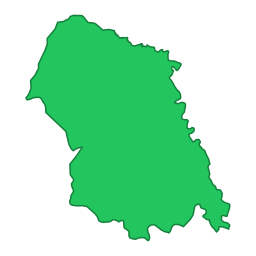 Centurión, Cerro Largo, Uruguay (orthographic projection)
{"feature_id": "84410073B80643779971885", "entity_name": "Centurión", "entity_type": "district", "adm_level": 2, "iso_a3": "URY", "parent_name": "Uruguay", "parent_adm1": "Cerro Largo", "projection": "orthographic", "projection_center": [-53.755, -32.187], "detail": "fine", "context": "isolated", "style": "filled", "palette": "green", "viewbox_px": 256, "rotation_deg": 0, "n_neighbors": 0, "source": "geoboundaries", "source_scale": "gbopen_adm2", "svg_char_len": 5854}
<svg xmlns="http://www.w3.org/2000/svg" viewBox="0 0 256 256"><path d="M228.7,229.0L228.9,227.5L229.0,227.0L229.6,226.0L229.7,225.6L229.6,225.1L229.3,224.6L227.8,223.2L225.8,222.5L224.1,222.2L222.4,221.1L221.7,220.2L221.4,219.2L221.4,218.5L221.6,216.3L221.7,216.0L222.4,215.6L223.1,215.5L223.7,215.6L226.2,216.3L226.7,216.3L227.1,216.0L227.4,214.4L229.4,208.5L229.6,207.4L229.6,206.6L229.9,205.6L229.9,205.3L229.8,205.1L229.6,204.6L229.1,204.0L228.4,203.7L226.3,203.1L223.9,202.0L222.3,200.8L221.3,199.5L221.2,198.9L221.7,197.5L221.9,196.6L222.1,194.2L222.2,193.6L222.1,193.2L221.3,191.6L220.9,190.9L220.4,190.2L219.6,189.9L218.7,189.7L217.1,189.8L216.7,189.6L216.0,188.4L215.7,187.1L215.3,186.3L214.8,185.8L214.0,185.4L213.3,184.9L212.8,184.1L212.2,183.1L211.6,181.7L210.8,180.3L210.5,179.3L209.7,178.6L209.1,178.2L208.8,177.5L209.2,175.6L209.7,174.3L209.6,173.4L209.2,172.3L208.8,169.7L208.3,168.7L208.1,167.4L208.0,166.4L208.4,165.5L209.2,164.8L209.9,163.9L209.7,163.2L209.2,162.0L209.0,160.7L208.9,159.8L207.8,157.5L206.3,154.6L204.7,150.7L204.1,150.1L203.4,149.6L202.8,149.3L202.0,148.8L201.6,147.9L200.8,146.9L200.0,146.3L199.4,145.2L199.2,144.3L199.3,143.6L200.3,142.5L200.3,142.3L200.2,141.7L199.6,140.5L199.1,139.8L198.7,139.6L198.3,139.4L196.6,139.6L195.5,140.1L195.0,140.6L194.2,141.8L193.8,141.9L193.5,141.9L193.0,141.6L192.4,141.0L191.6,140.0L189.3,136.5L189.0,135.8L189.0,134.8L189.6,133.9L190.5,133.4L191.6,133.2L192.6,132.5L193.3,131.9L193.9,131.0L194.1,130.2L194.2,129.3L194.1,128.7L193.7,128.1L192.7,127.6L191.9,127.7L191.3,128.2L190.5,128.6L189.5,128.9L188.3,128.8L187.4,128.2L187.1,127.1L187.1,124.6L187.3,123.5L187.6,122.6L188.2,121.6L188.2,121.3L188.1,120.9L187.9,120.5L187.3,119.9L186.9,119.8L186.4,119.7L185.4,119.7L184.4,119.7L183.6,119.5L182.6,119.1L182.0,118.7L181.8,118.2L181.7,117.7L181.7,116.7L182.1,115.2L182.6,114.2L183.0,113.6L183.6,113.0L184.2,112.3L184.5,111.7L184.6,109.9L185.2,107.7L185.4,106.4L185.4,104.3L185.3,103.8L184.7,103.2L184.2,103.0L182.0,102.3L181.4,102.4L180.1,103.0L179.2,103.3L178.3,103.6L177.4,103.7L176.8,103.4L176.5,103.0L176.0,103.0L175.2,103.2L174.9,102.5L174.9,102.1L175.1,101.6L177.0,100.3L178.3,99.7L180.0,99.0L180.4,98.5L180.6,98.0L180.6,96.1L180.5,95.0L180.3,94.1L179.8,93.1L179.3,92.1L178.6,91.2L177.5,90.3L176.3,89.1L175.5,87.5L174.4,86.2L174.0,85.4L173.7,84.2L172.9,83.3L172.0,81.4L169.8,78.6L169.5,78.0L169.5,77.3L169.7,76.8L171.6,75.4L172.0,74.5L173.5,70.9L173.4,70.6L172.7,70.0L172.0,69.6L171.7,69.0L171.7,68.3L171.8,67.1L172.0,66.7L172.4,66.6L173.0,66.6L175.3,68.6L176.4,70.3L176.9,70.5L177.4,70.3L178.8,68.7L179.7,67.0L181.0,64.8L180.8,63.7L180.6,63.5L179.3,63.0L177.1,62.4L176.5,61.8L176.0,61.6L174.8,61.2L173.6,61.0L170.6,60.9L169.4,60.7L169.0,60.5L168.5,59.9L168.1,58.8L167.9,57.3L168.1,56.1L167.8,54.9L168.5,52.4L168.6,51.8L168.5,51.5L168.4,51.2L167.9,50.8L167.3,50.7L166.5,51.0L165.6,51.5L164.9,51.7L163.6,51.8L163.3,51.6L162.7,50.9L162.6,50.3L162.7,49.9L162.6,49.7L162.4,49.6L161.8,49.6L161.1,49.8L160.4,50.2L159.6,51.1L159.2,51.5L158.0,51.8L157.1,51.8L155.8,51.1L154.8,50.0L154.5,48.8L154.5,48.1L154.2,47.4L152.1,47.0L150.8,46.9L149.7,46.6L148.2,45.8L147.7,45.4L147.4,45.1L147.0,45.1L146.8,45.5L146.8,46.3L146.3,46.6L145.7,46.7L144.5,46.4L144.2,46.1L143.8,45.9L143.2,45.9L143.0,46.3L142.6,46.6L142.0,46.5L141.6,46.2L141.3,45.8L141.4,45.3L142.1,44.6L142.3,44.5L142.5,44.3L142.4,44.0L141.3,43.7L140.8,43.9L140.3,44.2L139.8,44.5L136.4,45.4L135.1,46.0L133.1,45.7L132.1,45.4L131.4,44.9L131.2,44.2L131.0,43.6L130.4,42.7L130.0,42.4L129.2,42.2L128.6,41.9L128.3,41.3L128.2,40.9L127.9,40.4L127.3,40.1L127.2,39.3L127.5,38.8L127.7,38.2L127.3,37.6L126.6,37.5L125.9,37.8L125.2,37.9L124.6,37.8L124.1,37.6L123.5,37.7L122.6,38.0L122.5,37.7L121.9,37.6L121.4,37.6L121.3,37.9L120.7,38.0L119.7,37.9L118.9,37.2L117.7,35.2L116.9,35.0L116.0,34.9L115.9,34.6L116.1,34.4L116.2,34.1L116.0,33.9L115.6,33.9L115.3,33.8L115.1,33.5L115.1,33.2L115.3,32.9L114.2,31.6L114.5,31.3L114.3,30.6L108.9,29.5L102.8,30.1L96.2,24.3L94.1,23.1L88.0,22.5L83.3,16.6L81.8,15.6L73.5,15.4L70.2,16.5L68.6,19.2L65.9,20.0L64.0,21.4L57.7,22.3L55.1,29.0L47.2,38.5L47.3,43.8L45.4,49.5L38.5,64.0L38.5,68.6L34.8,75.5L30.6,80.4L31.1,88.2L29.1,93.4L27.2,96.6L26.1,97.5L26.3,98.9L27.2,99.8L30.0,99.3L32.9,97.9L36.1,97.4L38.3,97.3L39.8,97.5L41.3,98.7L42.5,101.1L44.9,104.5L45.6,107.1L45.9,112.5L65.9,131.4L67.6,138.6L68.9,144.3L71.4,149.1L73.3,150.7L75.6,149.2L78.0,148.0L80.2,147.4L81.8,147.3L82.2,147.5L81.4,148.5L76.8,155.5L69.9,164.2L70.3,174.7L72.4,177.8L73.5,178.9L73.4,181.2L71.6,183.5L71.6,185.6L72.5,188.1L73.5,190.2L73.3,191.9L72.0,193.8L71.0,195.8L70.7,198.7L70.0,200.3L69.7,201.4L70.2,203.8L71.4,204.9L73.5,205.4L76.7,205.8L82.7,205.7L86.9,206.5L95.3,214.0L97.4,216.8L98.9,220.7L100.7,221.8L101.8,222.1L102.8,222.3L107.2,222.0L109.7,221.7L110.8,221.3L111.7,220.6L112.8,219.8L114.4,219.8L116.0,220.3L117.2,220.7L118.5,221.8L119.8,221.4L121.1,220.5L122.6,220.4L123.4,221.2L123.8,223.0L123.9,225.7L124.2,227.7L125.1,228.6L127.3,229.9L128.8,231.4L129.0,233.7L129.0,236.1L129.9,237.9L133.4,239.0L135.8,239.2L138.6,237.9L141.2,237.6L143.4,237.7L144.7,237.9L146.7,239.5L147.9,240.6L148.9,240.2L149.6,237.7L149.3,235.6L148.0,232.3L147.4,228.6L148.7,226.5L151.6,224.8L154.2,224.9L155.7,225.6L161.3,229.9L164.5,231.6L167.6,232.3L169.0,232.8L170.2,231.4L171.6,227.5L173.2,225.3L174.6,224.5L177.2,224.4L179.6,224.9L182.0,226.0L183.5,226.6L190.4,219.3L193.2,214.6L193.9,210.7L194.8,206.4L195.7,205.4L196.8,204.7L198.3,204.2L199.6,204.4L199.8,204.8L200.5,206.1L200.6,207.1L201.2,207.9L202.5,208.5L204.2,209.0L205.4,209.6L206.0,210.2L206.2,211.8L206.1,212.7L205.5,213.8L204.7,214.6L203.2,215.5L203.0,216.8L204.6,217.7L206.6,219.5L209.3,219.7L209.3,220.9L211.3,225.6L212.3,227.0L214.6,229.3L215.7,230.9L216.5,231.9L217.5,231.2L218.9,229.1L218.7,227.1L219.7,226.7L222.7,226.9L228.7,229.0Z" fill="#22c55e" stroke="#15803d" stroke-width="1.5"/></svg>